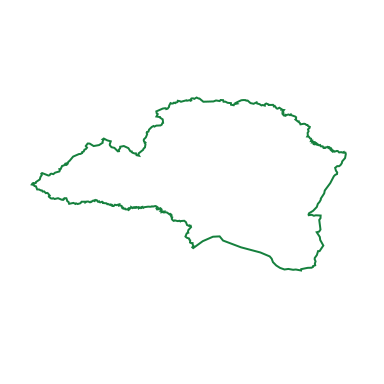 the district of Bolgatanga Municipal, Upper East, Ghana, rotated 82°
{"feature_id": "2480657B19364380807593", "entity_name": "Bolgatanga Municipal", "entity_type": "district", "adm_level": 2, "iso_a3": "GHA", "parent_name": "Ghana", "parent_adm1": "Upper East", "projection": "equal_earth", "projection_center": [-0.942, 10.748], "detail": "fine", "context": "isolated", "style": "outline", "palette": "green", "viewbox_px": 384, "rotation_deg": 82, "n_neighbors": 0, "source": "geoboundaries", "source_scale": "gbopen_adm2", "svg_char_len": 5980}
<svg xmlns="http://www.w3.org/2000/svg" viewBox="0 0 384 384"><g transform="rotate(82 192 192)"><path d="M284.9,94.9L283.6,94.6L283.2,88.0L283.6,84.2L283.1,82.7L282.3,82.5L281.7,80.2L280.0,80.3L277.9,79.3L275.6,79.9L274.4,79.6L271.8,77.1L268.1,75.4L268.3,73.9L263.3,69.4L257.4,71.7L254.3,71.7L249.2,74.1L248.9,71.6L247.1,70.0L237.4,69.9L235.8,68.4L233.2,67.9L232.3,72.6L232.5,74.6L231.2,76.7L231.2,79.6L230.4,79.7L229.3,79.0L227.5,74.7L224.2,70.5L221.2,69.0L219.7,67.2L217.5,65.5L216.5,65.4L211.8,61.3L209.0,60.3L202.5,53.9L196.1,49.3L194.9,47.7L194.4,45.9L192.8,45.5L190.9,46.5L188.0,46.9L186.6,44.6L186.9,42.8L186.1,41.3L184.4,39.7L182.6,39.0L179.7,35.7L175.8,34.4L174.4,34.6L174.3,36.0L173.5,36.1L173.9,37.5L173.3,38.7L173.3,40.8L171.8,41.9L171.5,42.7L171.9,45.4L171.4,46.3L171.7,47.0L171.0,47.6L171.1,47.0L170.7,46.4L168.7,49.0L168.6,48.0L168.1,48.2L168.2,49.2L167.6,49.2L167.0,50.9L166.5,50.4L166.1,51.6L166.5,52.1L166.4,54.2L166.9,54.3L166.7,55.6L165.0,56.2L164.7,58.0L163.3,58.6L163.5,59.5L162.7,61.3L162.3,60.8L161.5,61.6L161.6,62.4L160.8,62.4L160.6,63.4L161.8,64.1L161.5,64.9L160.7,65.0L160.3,64.1L159.9,65.6L159.4,64.7L159.1,66.0L158.0,65.7L158.0,67.1L156.9,66.5L155.8,66.7L155.5,67.5L153.4,68.7L153.1,70.1L152.2,69.4L149.6,69.3L148.1,68.1L146.1,68.4L144.9,66.7L143.9,66.3L142.9,67.8L141.7,68.3L141.6,69.3L140.5,70.3L140.0,71.5L140.1,75.2L138.6,75.6L137.3,76.9L136.9,76.6L136.5,77.7L134.6,79.5L134.1,78.8L132.5,78.5L131.7,79.2L129.7,83.0L128.9,83.3L129.5,84.3L128.7,85.5L128.9,88.1L128.6,88.7L129.5,88.9L129.0,90.4L127.2,91.5L126.5,90.5L125.3,90.5L125.1,91.1L123.6,89.6L123.0,92.0L122.5,91.7L120.7,93.8L121.4,95.6L121.0,96.6L118.8,97.8L118.7,98.8L118.1,98.6L118.0,99.2L117.0,99.6L116.5,104.0L115.9,104.1L114.7,106.2L115.4,107.6L116.6,107.9L115.7,109.8L115.9,111.2L114.4,112.9L113.4,115.2L112.2,115.5L113.2,118.7L112.1,121.7L109.2,124.2L109.1,125.6L108.5,126.1L108.1,128.3L108.0,130.4L109.3,134.6L109.8,136.0L110.7,135.0L110.9,137.9L111.9,138.6L111.0,141.2L109.4,141.1L108.6,144.4L107.2,146.3L107.0,148.2L105.4,148.4L104.9,150.9L105.8,151.9L104.7,155.5L105.3,158.1L104.2,168.2L100.5,171.6L100.4,172.4L99.1,174.3L100.1,176.8L99.4,177.9L99.3,179.5L100.1,180.3L101.2,180.0L101.4,180.8L100.7,181.2L100.9,184.3L100.4,184.7L101.1,190.4L100.4,191.3L99.7,193.4L100.8,193.8L101.2,194.9L101.1,196.0L101.6,196.3L101.1,197.7L101.7,198.5L101.6,199.9L101.0,200.9L103.3,202.6L104.5,202.9L106.1,204.6L106.3,206.0L105.5,206.2L105.3,206.9L105.3,209.3L107.2,216.1L109.2,216.0L110.1,215.1L112.3,216.7L113.4,213.2L114.0,213.2L116.0,210.9L119.5,211.0L119.7,211.8L121.1,212.6L121.7,213.9L121.3,218.1L122.0,220.1L121.3,220.9L122.0,222.8L124.2,225.8L126.2,226.8L126.3,228.2L127.2,228.7L128.4,228.3L131.5,230.1L133.2,232.3L134.2,232.6L135.1,232.5L136.5,231.3L136.9,232.0L138.1,231.4L141.3,232.4L142.3,233.9L143.4,234.5L146.3,239.4L147.4,239.9L148.7,239.4L147.8,241.8L145.9,242.2L145.9,243.4L144.9,245.3L144.2,246.1L143.5,246.0L143.0,247.4L139.7,248.9L137.0,253.1L137.2,256.8L138.7,257.1L140.0,258.6L141.4,258.6L141.4,259.8L137.5,262.7L136.4,265.5L134.4,266.8L133.3,266.8L130.5,265.4L129.1,268.7L126.8,271.9L127.4,273.1L127.9,272.3L129.5,273.5L130.8,273.6L132.6,277.5L132.8,283.0L129.8,286.6L129.5,288.6L131.7,290.8L133.5,289.8L134.8,291.3L135.1,292.6L136.8,293.6L137.3,295.3L138.2,295.4L138.8,297.3L138.7,298.7L140.4,304.8L144.2,309.0L144.8,310.2L145.9,310.7L146.2,312.6L147.1,311.7L147.7,312.5L147.6,313.4L146.9,313.8L147.9,315.3L148.1,317.0L151.0,318.9L150.9,320.1L152.3,319.9L153.2,320.5L153.8,324.9L155.0,326.8L154.3,328.7L154.4,329.6L155.6,330.7L155.7,331.9L152.4,337.8L152.9,338.7L154.3,338.4L156.1,340.0L158.4,341.0L160.4,345.1L161.2,345.3L161.5,346.2L161.0,347.9L161.4,348.8L162.3,349.6L163.1,347.6L164.1,347.2L164.7,345.7L167.9,345.0L168.2,343.1L169.4,341.5L169.5,340.5L170.8,339.8L170.8,338.4L172.8,336.9L172.7,335.6L173.2,334.9L175.7,333.4L176.3,334.4L176.7,334.4L178.6,332.7L179.1,331.4L178.8,330.4L179.8,329.0L179.5,325.5L181.4,322.3L181.9,320.7L181.6,320.2L181.2,320.5L180.4,319.2L180.7,317.3L183.8,316.7L184.6,315.7L186.6,315.3L186.3,310.9L187.6,309.1L187.1,308.4L188.0,306.9L187.6,304.1L186.3,302.7L186.8,299.1L187.5,299.1L186.8,297.5L187.0,296.0L188.0,294.5L187.9,293.4L187.4,293.1L187.4,292.3L186.7,291.0L187.4,289.8L186.6,289.3L186.9,288.4L186.6,288.2L187.2,287.1L188.5,286.5L188.4,285.6L188.8,285.7L189.5,284.3L189.1,282.4L189.9,281.6L190.5,281.7L191.3,278.3L192.3,277.6L192.1,276.9L193.1,275.5L193.0,274.4L193.5,274.4L193.6,273.6L193.9,273.9L194.8,272.7L195.0,271.5L193.9,270.1L194.5,268.7L194.1,265.7L195.3,266.1L195.2,265.0L196.1,263.6L197.1,263.6L197.8,262.5L198.5,263.0L199.1,261.9L199.2,260.5L199.9,260.3L200.3,258.0L201.0,257.3L200.7,256.9L200.7,257.3L199.5,257.3L199.1,256.5L199.7,255.6L199.3,254.7L198.4,254.4L199.6,253.1L199.0,252.3L199.0,251.8L199.6,251.8L199.8,250.4L199.1,250.5L199.1,249.3L199.7,249.1L199.5,247.6L200.6,247.2L200.2,246.8L200.5,246.1L200.0,246.0L200.7,244.5L199.9,244.1L199.8,243.2L200.4,243.2L201.4,241.9L200.9,242.2L200.4,241.4L200.4,237.6L200.9,234.7L200.6,233.6L201.0,232.8L200.8,230.3L201.2,229.4L202.0,228.5L203.2,229.5L204.4,229.0L204.4,227.8L203.5,227.1L204.0,226.1L203.7,225.5L204.1,225.2L204.4,226.1L205.3,224.8L206.3,225.8L206.6,224.8L207.2,225.0L207.4,222.9L207.8,223.5L207.8,222.9L208.4,222.6L208.3,221.2L208.9,219.5L211.0,217.4L210.6,216.7L211.4,215.8L211.9,216.3L212.5,215.6L213.5,216.1L214.3,215.1L215.8,215.8L217.3,215.0L218.1,214.0L217.7,213.0L218.9,210.0L218.7,208.6L219.5,207.6L219.2,207.2L219.4,203.7L221.0,202.2L224.0,201.5L224.8,200.2L224.7,199.3L225.3,199.3L225.3,198.0L226.6,197.8L229.2,200.9L231.2,201.7L231.8,201.4L232.3,203.0L235.2,204.7L236.5,203.6L237.7,201.3L238.8,201.3L239.6,200.5L241.7,201.0L242.2,200.5L242.7,198.5L244.0,198.7L245.5,198.1L246.8,199.4L247.7,198.6L242.2,188.2L239.2,177.5L239.8,170.8L244.4,168.0L253.6,151.2L261.4,132.7L266.6,124.0L269.1,122.4L272.7,121.6L276.5,118.8L279.4,115.4L281.6,111.2L281.6,107.3L283.1,102.7L283.2,100.0L284.9,94.9Z" fill="none" stroke="#15803d" stroke-width="2"/></g></svg>